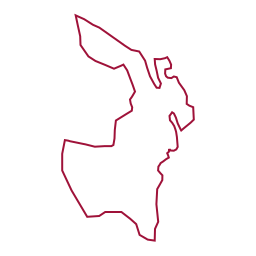 Södertälje, Stockholm, Sweden (Albers equal-area conic projection)
{"feature_id": "70781695B28053547140840", "entity_name": "Södertälje", "entity_type": "district", "adm_level": 2, "iso_a3": "SWE", "parent_name": "Sweden", "parent_adm1": "Stockholm", "projection": "albers", "projection_center": [17.571, 59.144], "detail": "fine", "context": "isolated", "style": "outline", "palette": "rose", "viewbox_px": 256, "rotation_deg": 0, "n_neighbors": 0, "source": "geoboundaries", "source_scale": "gbopen_adm2", "svg_char_len": 1553}
<svg xmlns="http://www.w3.org/2000/svg" viewBox="0 0 256 256"><path d="M64.9,140.1L62.2,153.8L62.2,170.5L71.6,190.5L87.2,216.8L88.6,216.7L99.2,216.0L105.2,212.0L121.4,212.0L130.1,218.7L136.2,224.1L139.6,234.9L147.7,239.6L154.7,240.6L155.0,228.9L158.2,221.8L156.4,204.2L157.2,189.1L159.1,185.8L162.3,180.1L162.4,175.3L160.4,173.2L158.1,170.5L158.4,166.6L159.8,164.6L160.6,163.1L163.2,161.4L166.2,159.1L168.8,157.6L168.1,155.3L167.2,153.2L168.9,151.7L169.0,149.8L170.0,149.7L170.5,150.5L173.8,150.7L176.3,149.4L177.7,146.9L176.9,137.0L176.1,131.8L175.4,129.4L174.2,126.0L172.1,122.7L170.0,120.3L169.5,115.9L170.5,114.6L172.1,112.3L173.9,113.5L175.9,117.6L177.7,123.4L181.0,130.2L181.2,130.5L184.0,128.1L190.6,122.7L193.8,119.6L193.2,107.2L189.4,105.7L186.7,103.9L186.9,96.2L184.3,90.2L178.9,82.7L176.7,77.2L173.8,76.5L171.4,78.1L167.8,77.7L166.1,76.3L165.1,73.6L165.3,69.4L170.9,68.2L171.1,64.6L169.4,60.7L167.2,57.2L165.0,58.2L160.3,59.2L154.7,59.0L155.1,64.4L156.7,71.0L158.1,77.8L160.9,83.5L159.5,87.9L156.6,87.7L154.2,84.0L150.0,76.3L147.1,67.7L145.1,60.7L139.2,51.5L131.4,49.9L124.9,45.7L99.3,27.6L93.0,24.8L84.2,19.2L75.7,15.4L77.7,24.9L80.2,36.3L80.5,45.0L88.4,56.4L95.5,61.0L96.5,61.4L105.1,64.9L114.0,68.7L121.1,65.7L123.4,64.6L127.2,70.4L130.3,78.7L132.6,84.7L135.0,91.6L132.0,96.7L130.0,99.5L130.7,103.5L132.2,107.3L131.8,110.7L126.7,113.8L115.9,120.5L114.8,130.0L114.5,138.5L113.4,145.0L111.4,146.1L105.1,146.1L94.8,146.7L85.2,144.3L83.6,144.0L69.9,141.2L68.4,140.7L67.3,140.5L64.9,140.1Z" fill="none" stroke="#9f1239" stroke-width="2"/></svg>